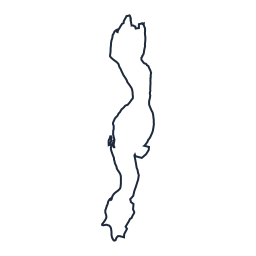 Saf, Al Jizah, Egypt
{"feature_id": "37247803B22185494316404", "entity_name": "Saf", "entity_type": "district", "adm_level": 2, "iso_a3": "EGY", "parent_name": "Egypt", "parent_adm1": "Al Jizah", "projection": "robinson", "projection_center": [31.294, 29.62], "detail": "fine", "context": "isolated", "style": "outline", "palette": "slate", "viewbox_px": 256, "rotation_deg": 0, "n_neighbors": 0, "source": "geoboundaries", "source_scale": "gbopen_adm2", "svg_char_len": 5112}
<svg xmlns="http://www.w3.org/2000/svg" viewBox="0 0 256 256"><path d="M126.5,16.1L126.3,16.7L124.9,19.1L123.8,21.2L123.6,23.1L122.1,23.8L120.6,26.1L119.1,28.7L118.1,30.1L118.0,30.5L117.6,32.1L117.0,31.8L117.3,30.8L117.4,29.6L116.2,30.1L114.5,31.5L113.7,33.4L113.3,34.1L113.2,34.2L112.6,35.3L112.4,37.6L111.4,40.8L111.0,43.5L110.9,46.0L110.6,48.2L110.6,50.6L110.4,52.9L110.2,54.3L110.0,56.0L110.4,56.9L111.3,57.8L112.5,58.9L114.2,60.3L115.5,61.2L116.3,61.8L117.5,62.9L118.5,64.1L119.4,67.0L120.7,69.1L121.7,71.5L122.6,73.3L123.3,74.9L124.5,76.7L125.5,78.2L126.6,80.0L127.3,82.0L128.9,84.2L129.7,85.3L131.5,88.0L132.1,89.7L132.5,91.8L132.6,92.5L132.6,93.8L132.9,96.5L132.8,98.4L131.8,99.5L129.4,102.8L127.6,104.9L126.3,105.2L125.0,105.9L124.7,106.3L124.0,107.2L122.9,108.3L121.6,109.3L120.6,111.0L119.9,112.2L119.1,113.0L118.4,113.8L118.1,114.6L117.3,116.0L115.6,117.6L114.8,118.7L113.5,121.6L113.0,123.0L113.0,124.0L113.7,125.9L113.7,127.7L113.7,129.1L113.2,130.7L113.2,132.5L113.1,134.5L113.5,135.8L113.8,137.5L114.4,139.4L114.3,140.6L114.2,141.1L114.2,141.7L113.9,142.6L113.9,143.4L113.8,143.9L113.7,144.0L113.7,145.2L113.8,145.8L114.3,146.9L114.3,147.2L113.7,147.2L113.4,146.5L113.3,145.8L113.1,144.5L113.1,143.9L113.7,142.3L113.5,141.3L113.1,142.4L113.0,142.8L111.6,145.3L110.9,147.3L110.9,148.8L111.1,150.0L111.5,151.4L112.2,153.4L112.8,155.1L112.9,155.3L114.0,158.1L114.0,159.7L114.6,161.4L114.8,162.9L115.5,164.5L116.5,166.7L116.8,168.5L117.9,170.4L119.1,172.1L120.1,173.8L120.7,175.5L120.9,177.4L120.9,178.6L120.9,180.9L120.9,183.4L120.6,186.7L120.4,187.4L120.1,188.5L119.0,189.7L117.8,190.8L115.7,192.3L113.9,193.9L112.3,196.4L112.0,197.7L111.7,198.9L111.3,199.7L110.8,200.0L110.4,199.7L110.8,199.0L111.1,198.2L110.0,198.9L109.2,199.9L108.7,200.7L108.1,201.8L107.9,202.9L107.7,204.0L107.2,205.1L106.7,205.9L106.7,206.6L106.3,207.3L105.9,208.8L105.3,210.3L105.3,211.6L105.3,212.5L105.8,214.0L106.2,215.4L106.4,216.8L106.3,217.7L105.8,218.9L105.1,220.2L103.2,222.9L102.3,223.9L102.1,224.9L102.5,225.0L103.3,225.3L103.5,225.3L104.3,225.1L105.5,224.9L106.4,224.7L106.8,224.8L107.9,225.2L109.2,225.6L109.5,225.8L109.6,226.0L110.3,226.8L110.4,227.0L110.9,228.0L111.1,229.0L111.3,230.4L111.5,231.9L111.5,234.1L111.5,234.6L111.5,235.1L111.8,236.4L111.9,236.8L112.0,237.4L112.4,238.1L112.4,238.4L113.3,239.7L113.4,240.1L113.6,240.3L114.2,240.6L115.3,240.3L115.6,240.1L115.9,239.1L116.1,238.8L116.3,238.2L116.6,237.6L117.2,236.9L117.5,236.6L117.8,236.2L119.1,236.1L119.8,236.1L120.2,236.2L120.5,236.3L121.1,236.6L121.5,236.6L122.0,236.7L122.5,236.9L122.8,236.9L124.0,237.3L124.2,234.1L126.0,230.8L127.0,228.8L125.6,226.7L129.2,220.7L129.5,219.8L130.2,218.7L131.5,218.1L131.8,217.5L132.1,216.7L132.8,215.3L134.2,212.9L134.2,212.0L133.0,209.1L133.2,207.8L133.5,204.0L131.0,202.1L130.2,199.2L130.5,198.9L133.2,195.9L134.4,190.8L135.8,186.9L137.8,180.6L138.1,179.7L138.8,175.4L138.0,172.5L137.5,169.7L136.7,168.0L136.2,164.9L135.7,162.0L135.0,158.4L134.4,155.5L134.9,154.6L135.2,155.5L135.3,155.6L135.3,156.2L141.8,157.9L146.1,154.2L148.7,150.0L149.0,147.0L144.3,145.8L144.8,145.4L146.5,143.2L147.6,141.5L147.8,141.0L148.0,140.3L148.6,139.4L149.1,138.9L150.2,137.2L151.7,133.9L152.1,133.0L152.8,131.0L153.3,128.4L153.5,127.1L153.6,126.1L153.7,125.7L153.9,123.9L153.7,122.1L153.8,120.0L153.7,119.6L153.1,114.6L152.6,112.4L151.6,110.7L150.3,107.6L149.8,106.4L149.3,105.2L149.1,103.8L149.1,103.1L149.1,102.3L149.1,101.4L149.5,99.5L150.0,97.6L150.1,96.6L150.3,95.6L150.0,94.6L149.8,92.8L150.0,92.2L150.2,91.5L150.3,91.0L150.3,90.6L150.2,89.2L150.3,87.0L150.5,83.1L150.5,82.4L150.4,80.7L150.5,79.6L150.5,79.1L150.4,78.8L150.4,78.1L150.7,77.8L150.7,77.2L150.7,76.4L150.7,75.5L150.9,73.6L151.1,72.8L150.9,72.4L150.6,71.4L150.4,70.6L149.7,69.2L149.4,68.5L149.2,68.2L148.7,67.0L148.6,66.4L148.1,65.9L146.9,65.2L146.6,64.5L145.7,63.7L144.2,63.3L142.9,61.8L141.7,60.1L141.4,59.4L141.4,58.5L141.4,57.7L141.7,57.3L142.3,56.6L142.3,55.8L143.4,54.4L143.9,52.3L144.1,50.6L144.6,48.2L145.1,46.1L144.9,44.7L145.1,42.7L145.3,40.6L145.4,37.9L145.1,35.1L144.9,32.8L145.1,30.7L145.0,29.0L144.9,28.0L144.4,26.9L144.3,26.7L144.0,25.9L143.7,24.8L143.8,23.7L143.8,23.4L143.6,23.5L142.9,23.7L142.5,23.9L142.3,23.3L141.8,23.4L140.1,23.9L138.9,24.2L138.9,24.4L138.9,24.9L138.9,26.4L138.9,27.2L138.9,28.1L137.6,28.2L137.1,28.3L135.7,28.5L135.4,27.4L135.3,26.5L134.8,26.5L134.1,26.1L133.4,25.5L132.6,25.5L132.2,25.5L131.6,25.5L131.6,25.4L131.6,25.1L131.5,24.9L131.5,24.6L131.4,24.3L131.3,23.8L131.2,23.2L131.1,22.7L131.0,22.2L130.9,21.7L130.9,21.4L130.8,21.2L130.8,20.5L130.8,20.1L130.8,19.8L130.8,19.3L130.6,19.4L130.6,19.1L130.5,18.6L130.5,18.1L130.5,17.9L130.4,17.6L130.4,17.3L130.3,17.2L130.2,16.9L130.2,16.6L130.1,16.4L130.0,16.2L129.9,16.1L129.9,15.9L129.6,15.4L129.4,15.5L129.2,15.5L128.8,15.6L128.5,15.7L128.3,15.8L128.0,15.8L127.8,15.9L127.6,15.9L127.3,16.0L127.0,16.0L126.5,16.1L126.5,16.1ZM108.6,142.7L108.7,145.2L110.1,144.7L110.2,144.2L110.3,143.2L111.0,141.5L111.1,141.0L111.5,140.3L111.1,139.8L111.5,137.9L111.0,136.3L110.3,136.3L110.1,137.2L109.9,138.0L108.7,140.3L108.6,142.7Z" fill="none" stroke="#1e293b" stroke-width="2"/></svg>